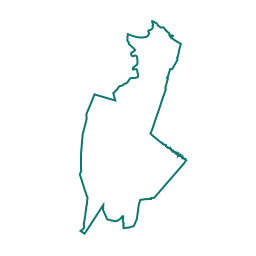 outline of Soyaló, Chiapas, Mexico, rotated 254°
{"feature_id": "50627088B85060980451015", "entity_name": "Soyaló", "entity_type": "district", "adm_level": 2, "iso_a3": "MEX", "parent_name": "Mexico", "parent_adm1": "Chiapas", "projection": "natural_earth1", "projection_center": [-92.974, 16.925], "detail": "fine", "context": "isolated", "style": "outline", "palette": "teal", "viewbox_px": 256, "rotation_deg": 254, "n_neighbors": 0, "source": "geoboundaries", "source_scale": "gbopen_adm2", "svg_char_len": 5429}
<svg xmlns="http://www.w3.org/2000/svg" viewBox="0 0 256 256"><g transform="rotate(254 128 128)"><path d="M179.7,194.3L180.3,194.3L180.8,194.5L181.4,194.5L181.9,194.5L182.4,194.9L182.7,195.4L183.2,195.8L183.7,196.0L184.2,196.3L184.7,196.6L187.4,197.9L187.6,198.0L188.0,198.3L188.5,198.5L188.8,198.7L189.2,198.9L189.6,199.2L189.9,199.4L190.4,199.6L190.7,199.8L191.0,200.0L191.4,200.3L191.8,200.5L192.0,200.6L192.4,200.9L192.7,201.0L192.9,201.1L193.1,201.3L193.3,201.4L193.5,201.5L194.0,201.8L194.3,202.0L195.7,200.6L197.7,198.7L199.0,197.6L203.1,194.1L203.5,194.7L203.8,195.4L203.9,195.6L203.9,196.1L204.0,196.6L204.4,196.6L204.8,196.1L204.9,195.0L204.8,194.5L204.9,194.0L205.1,193.6L205.8,193.2L206.2,193.4L206.8,193.9L207.8,193.6L208.1,193.6L208.7,193.0L209.0,192.7L209.8,192.3L210.9,191.5L211.6,191.5L212.1,191.0L212.9,190.6L213.8,190.5L215.1,189.7L215.3,188.4L215.4,187.5L215.6,187.0L216.1,186.6L216.6,186.5L217.0,186.3L217.4,185.7L218.0,185.1L219.0,185.0L221.0,184.2L224.0,180.7L223.4,180.4L222.3,180.6L221.4,180.6L220.2,180.6L219.5,179.8L218.4,179.7L217.1,179.1L216.2,177.4L216.0,174.4L215.4,174.2L214.5,174.2L213.4,174.3L212.4,173.9L211.4,172.9L210.7,171.4L210.5,170.1L210.8,168.7L210.9,167.0L211.9,164.0L212.8,161.9L215.0,158.1L218.2,153.8L217.2,153.6L216.9,153.3L216.5,153.0L215.9,152.6L214.9,152.4L213.9,152.2L213.7,152.1L213.3,151.8L212.9,151.6L212.5,151.6L212.1,151.5L211.0,151.9L209.6,152.3L208.7,152.0L208.4,152.0L207.4,152.6L206.6,153.2L205.7,153.7L204.5,154.5L203.2,155.3L201.2,156.2L201.0,156.3L200.5,155.7L199.9,153.9L199.4,152.0L198.0,151.1L195.7,152.0L195.7,153.3L195.7,154.1L195.7,155.0L195.6,155.3L195.3,155.6L194.9,155.9L194.4,156.2L193.5,156.2L192.4,156.1L191.3,155.8L189.5,155.6L188.5,155.2L187.9,155.0L187.4,154.7L187.0,154.5L186.5,154.0L186.2,153.6L186.0,153.3L185.9,152.9L185.7,152.4L185.7,152.1L185.6,151.9L185.4,151.5L185.2,151.2L185.1,150.8L185.0,150.4L184.9,150.1L184.8,149.9L184.7,149.8L184.5,149.5L184.3,149.3L183.9,149.1L183.6,149.0L183.4,148.9L183.2,148.8L182.8,148.9L182.7,149.1L182.7,149.6L182.7,150.2L182.6,150.7L182.4,151.6L182.3,152.0L182.2,152.3L181.9,152.5L181.6,152.6L181.1,152.6L180.7,152.6L179.5,152.5L178.7,152.4L178.1,152.4L177.4,152.4L176.6,152.5L176.2,152.4L175.8,152.4L175.6,152.3L175.4,152.1L175.0,151.9L174.4,151.6L174.1,151.1L174.2,150.2L174.2,148.7L174.6,147.1L175.0,145.7L175.1,144.1L174.9,143.4L174.0,142.4L173.1,141.3L172.4,140.6L171.6,139.0L171.4,138.0L171.4,136.6L170.7,135.0L170.4,134.0L170.4,132.9L170.6,131.8L170.3,130.7L169.8,130.2L169.0,129.2L167.9,128.0L167.2,126.5L166.7,125.5L166.0,124.4L165.7,123.5L158.0,123.3L169.4,105.2L169.5,105.1L167.6,103.6L164.7,101.3L161.1,98.5L158.0,96.0L156.7,95.0L154.6,93.3L152.7,91.8L149.8,91.1L148.0,90.7L144.1,88.4L138.8,85.3L134.5,82.7L126.1,79.5L122.4,78.1L118.5,76.6L117.7,76.3L114.9,75.4L110.2,74.0L106.5,72.9L103.3,72.0L99.3,71.1L96.8,68.9L87.4,69.2L84.1,69.3L80.7,69.3L78.2,69.5L73.5,69.7L71.9,69.9L70.7,69.2L65.9,67.5L65.0,66.7L61.8,65.5L58.1,63.7L55.0,62.5L48.9,59.5L48.5,59.2L48.1,58.9L47.3,58.9L46.7,58.9L46.0,58.9L45.3,58.8L44.6,58.5L44.1,58.2L43.3,57.2L42.1,54.0L40.1,55.7L38.8,56.9L38.6,57.0L38.4,57.2L60.8,83.0L55.9,81.4L45.8,82.9L45.6,83.2L45.3,84.0L44.9,84.8L44.5,85.4L43.9,86.0L43.6,86.6L43.1,87.8L42.8,88.7L42.3,89.3L41.9,90.2L41.6,91.2L42.0,92.1L41.9,92.4L42.0,93.3L42.4,94.3L42.9,95.8L43.6,96.7L44.6,98.0L44.7,98.8L44.5,99.0L43.8,98.9L43.3,98.7L42.9,98.5L42.0,98.1L40.9,97.6L40.1,97.3L39.5,97.3L39.1,97.6L38.8,97.5L37.7,97.4L37.3,97.6L37.0,97.4L36.5,96.9L35.9,96.7L35.6,96.7L35.3,96.8L35.0,96.5L34.6,96.5L34.4,96.5L33.5,96.2L33.0,96.1L32.9,96.6L32.6,98.5L32.0,101.5L32.1,103.5L32.1,106.4L32.8,107.1L35.7,109.5L38.0,111.4L51.2,117.2L55.5,120.0L54.8,125.1L53.4,130.6L54.4,131.0L53.6,133.8L78.6,172.2L78.9,172.4L79.2,172.8L79.6,173.1L79.8,173.6L80.2,174.0L80.3,174.3L80.5,174.4L80.9,175.1L81.7,174.6L82.2,174.3L82.5,174.5L82.9,173.6L83.1,173.2L83.5,173.1L83.7,172.4L84.0,172.5L84.2,172.1L84.4,172.3L84.5,172.4L84.8,172.1L84.9,172.5L85.1,172.5L85.0,172.4L85.3,172.4L85.3,172.0L85.5,171.9L85.8,171.6L86.0,171.8L86.5,171.0L86.8,170.1L87.9,171.0L87.7,171.2L88.0,171.2L88.2,170.8L87.8,170.5L87.8,170.1L87.9,169.4L87.7,169.0L88.0,169.2L88.2,168.8L89.6,169.0L89.2,168.4L89.1,167.8L89.5,167.6L90.1,167.0L90.8,167.9L91.2,167.6L91.4,167.5L91.6,167.0L91.7,166.9L91.5,166.5L91.7,166.2L91.9,166.2L92.3,165.7L92.8,164.8L93.3,165.6L93.7,165.4L93.7,164.8L93.6,164.4L93.8,164.1L94.6,164.1L94.8,163.6L95.3,163.4L95.9,163.0L96.0,163.0L96.2,162.9L96.3,163.2L96.6,162.8L96.9,162.7L96.9,162.9L97.2,163.0L97.5,163.0L97.7,161.2L98.1,161.3L98.4,160.8L99.8,159.5L100.7,159.8L101.0,159.9L101.5,159.1L101.9,158.9L102.1,158.1L102.2,157.7L102.5,157.4L103.9,156.5L104.1,156.9L104.9,156.2L105.1,155.7L106.5,154.6L107.3,154.1L107.9,153.7L108.1,153.5L108.6,153.2L108.9,153.0L109.6,152.5L110.9,151.6L112.3,150.6L113.6,149.8L114.2,149.4L114.6,149.1L115.5,148.6L116.4,148.0L118.0,149.3L118.3,149.5L118.6,149.8L118.8,150.0L119.6,150.6L120.3,151.1L120.5,151.2L121.0,151.6L121.4,151.8L122.0,152.3L124.9,154.3L127.0,155.7L127.7,156.2L128.8,156.9L129.0,157.1L129.4,157.3L131.1,158.5L132.4,159.5L132.6,159.7L133.8,160.5L134.6,161.1L135.1,161.4L135.3,161.6L136.3,162.2L137.6,163.2L137.9,163.3L138.1,163.5L138.8,164.0L139.0,164.1L141.7,165.9L143.9,167.4L144.0,167.4L154.9,175.1L156.0,174.8L163.2,179.1L164.8,180.1L165.4,179.3L167.4,181.4L168.3,181.7L173.0,184.7L172.4,186.6L175.7,190.1L179.7,194.3Z" fill="none" stroke="#0f766e" stroke-width="2"/></g></svg>